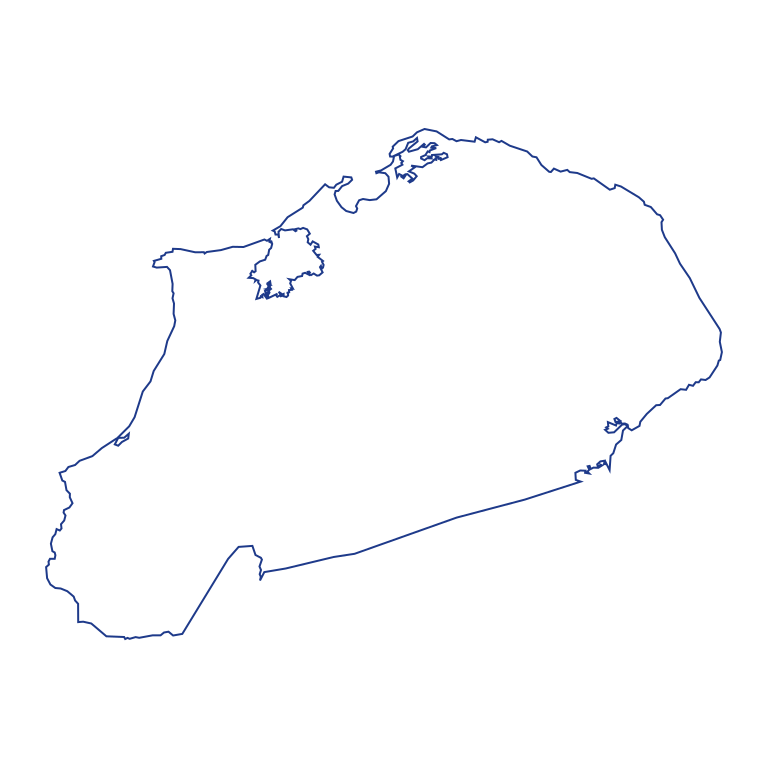 Uribia, La Guajira, Colombia (orthographic projection)
{"feature_id": "7082276B96062501211498", "entity_name": "Uribia", "entity_type": "district", "adm_level": 2, "iso_a3": "COL", "parent_name": "Colombia", "parent_adm1": "La Guajira", "projection": "orthographic", "projection_center": [-71.822, 11.991], "detail": "fine", "context": "isolated", "style": "outline", "palette": "blue", "viewbox_px": 768, "rotation_deg": 0, "n_neighbors": 0, "source": "geoboundaries", "source_scale": "gbopen_adm2", "svg_char_len": 6072}
<svg xmlns="http://www.w3.org/2000/svg" viewBox="0 0 768 768"><path d="M260.0,580.5L264.3,572.1L285.7,568.5L333.6,557.0L354.6,553.8L456.6,517.6L524.8,499.6L580.7,481.6L575.8,479.9L575.4,472.8L580.2,470.5L585.5,470.7L585.1,472.8L589.2,473.5L587.4,471.7L589.3,469.7L587.7,466.3L589.6,465.9L590.7,469.0L593.5,467.6L598.3,467.8L602.1,465.4L600.4,464.6L600.4,465.7L597.6,465.8L597.2,464.3L600.4,461.4L604.7,460.7L604.0,464.0L606.0,464.2L606.1,463.1L609.6,470.1L610.6,455.8L613.3,453.2L616.1,444.5L621.3,440.0L623.0,430.5L627.7,426.0L624.9,424.2L622.1,424.6L614.1,432.3L608.4,432.8L605.1,429.8L607.8,428.7L606.2,427.4L608.3,426.4L607.9,422.1L616.0,425.5L616.6,423.1L619.4,423.5L620.3,421.4L615.5,422.0L614.4,419.0L616.5,417.9L620.4,421.0L621.5,423.7L624.9,423.5L627.6,424.7L628.2,428.1L631.7,430.3L639.5,425.9L640.3,421.8L646.8,413.9L656.2,405.2L660.0,405.0L665.5,398.5L667.8,398.2L680.6,389.2L686.1,389.8L689.0,384.8L693.0,385.8L695.7,382.2L698.7,382.3L701.0,379.4L705.6,380.0L709.6,377.4L717.4,365.5L718.8,360.6L720.2,360.0L721.9,352.1L719.8,341.8L720.9,332.5L719.6,329.0L699.4,297.9L689.8,278.1L680.0,263.7L675.1,253.3L664.8,237.2L661.9,229.8L661.5,222.2L663.1,219.7L660.1,215.2L657.1,214.3L650.8,207.0L644.7,204.8L643.9,201.7L638.9,197.3L621.0,186.5L615.3,184.7L614.7,188.1L609.8,189.7L593.8,178.4L591.6,178.8L577.3,173.0L569.7,172.1L567.3,169.9L560.6,171.6L553.9,168.6L550.9,172.0L549.2,171.8L541.4,165.0L536.5,157.3L532.4,156.5L527.2,151.5L509.8,145.7L501.5,140.9L499.1,142.2L492.6,139.3L487.8,139.7L487.6,141.8L485.2,142.3L475.9,137.3L474.6,141.7L461.0,140.0L456.5,141.2L452.4,139.0L449.2,139.4L436.6,131.4L424.5,129.0L417.0,132.3L412.6,136.5L398.5,141.1L392.7,146.7L393.1,148.4L389.6,153.9L390.1,156.5L392.5,156.6L402.6,151.8L405.6,149.2L408.2,142.8L413.2,141.4L417.0,138.0L417.6,141.4L408.9,148.5L407.8,150.2L408.9,151.7L417.8,149.2L424.0,143.9L424.8,144.7L422.8,146.8L426.0,147.4L430.6,143.0L434.6,143.2L436.9,145.1L431.9,146.4L431.3,147.6L436.2,148.1L429.8,150.5L429.5,152.1L427.7,151.4L425.4,155.1L421.1,157.0L421.1,158.5L424.6,160.2L427.2,158.2L431.0,158.4L428.6,156.5L431.8,156.7L432.0,155.0L441.9,154.3L443.7,152.8L447.0,154.3L447.6,157.2L440.8,160.1L440.1,159.1L441.4,157.7L438.5,158.8L438.5,156.9L436.6,156.8L437.4,157.5L435.7,158.2L436.0,159.8L434.6,159.4L431.4,162.6L427.6,163.4L422.5,167.2L411.2,165.6L414.5,167.5L408.9,171.4L414.3,173.6L416.7,176.2L413.1,180.5L409.0,182.8L409.7,181.9L408.7,181.3L412.4,178.6L407.4,174.1L405.4,174.3L403.3,175.7L405.7,175.2L403.6,178.3L401.5,176.8L402.9,176.0L399.1,174.0L397.2,177.5L395.3,168.4L402.4,164.7L401.3,163.0L402.9,161.2L400.4,159.8L399.7,155.6L401.1,156.8L398.8,154.5L394.1,156.0L393.0,161.5L390.6,164.8L381.1,170.4L376.0,171.7L376.4,173.2L378.9,172.3L385.3,173.2L388.5,176.7L389.1,183.8L385.9,191.1L376.5,199.3L369.7,200.1L363.0,199.0L359.1,200.3L356.0,206.1L357.2,208.5L356.2,211.6L353.5,213.0L346.2,211.0L341.5,207.2L336.9,200.8L334.6,194.4L335.6,191.0L338.3,190.9L342.1,186.1L348.2,183.6L352.1,179.8L351.3,177.4L343.6,176.6L342.1,181.7L336.3,184.7L333.9,187.8L329.1,187.3L325.1,184.3L309.4,200.9L303.4,205.3L302.8,207.6L287.6,217.2L280.4,226.2L272.8,230.6L274.7,231.5L275.5,234.5L278.3,234.5L279.0,238.0L278.5,231.8L281.2,229.0L285.0,230.4L293.0,229.3L295.5,231.2L296.3,230.7L295.1,229.2L298.4,228.4L300.4,229.1L303.1,227.9L307.2,229.4L309.8,233.7L306.9,236.2L308.3,239.1L307.7,242.3L310.5,244.7L312.7,241.4L318.3,244.5L318.8,247.2L314.9,246.6L315.6,248.9L313.2,250.8L316.6,255.0L319.1,254.8L317.6,256.8L323.0,261.0L322.0,261.8L323.6,264.9L323.0,267.6L321.7,268.7L320.9,265.9L320.0,267.1L322.6,272.4L319.2,275.3L317.0,275.6L313.7,273.5L311.0,275.1L308.4,274.0L309.9,272.6L309.1,271.6L307.7,271.9L308.5,274.5L305.1,272.8L302.6,273.6L302.1,276.0L297.5,276.9L294.7,280.1L289.2,279.2L291.0,280.9L290.2,283.4L293.0,288.7L291.1,288.4L291.8,289.8L289.0,290.1L289.2,292.3L286.7,292.9L288.0,293.1L288.1,295.5L286.5,297.0L283.6,296.3L283.6,293.9L282.4,294.4L278.7,291.8L280.5,294.4L281.9,294.3L281.9,295.9L280.0,296.5L281.3,295.6L280.3,295.2L277.3,296.8L275.8,294.8L277.5,293.7L268.8,297.9L267.8,295.3L269.5,292.6L268.7,290.7L271.0,288.9L270.1,287.8L268.6,288.8L270.7,284.9L270.1,281.4L267.6,283.2L269.9,284.8L267.9,284.9L268.7,286.0L267.5,288.3L268.4,288.6L266.3,289.1L268.0,289.7L265.0,290.9L265.9,293.8L267.5,292.4L266.7,295.0L265.9,294.2L267.4,299.3L263.6,294.0L262.2,294.8L262.4,297.1L260.8,296.3L260.4,297.8L256.4,298.9L260.4,285.5L258.1,282.5L258.5,280.6L256.3,280.0L255.2,281.0L255.6,279.4L253.2,278.1L248.7,277.8L251.3,275.3L250.4,273.8L252.2,271.1L251.5,270.3L254.1,272.3L255.6,271.2L255.3,264.8L259.9,261.4L265.2,259.7L266.6,255.9L268.2,255.0L269.2,249.7L271.1,248.0L272.2,243.9L271.1,240.6L270.8,242.5L269.3,241.7L269.9,238.9L267.0,240.8L264.4,239.5L243.5,247.0L232.7,246.8L220.9,250.1L206.8,252.0L204.6,253.5L203.9,252.2L195.3,252.3L180.6,249.1L173.0,248.8L172.5,251.8L165.8,252.8L164.6,255.0L161.2,256.2L161.3,258.8L153.9,260.9L154.6,262.1L153.0,266.5L156.7,267.6L167.0,266.9L170.0,270.2L172.6,283.9L172.3,291.2L173.6,293.3L172.5,298.3L174.0,303.5L173.6,313.9L175.3,320.4L174.2,326.2L167.3,341.0L164.3,354.0L153.7,371.0L150.5,381.4L142.8,391.5L134.6,417.2L129.2,426.3L117.5,437.9L124.2,437.7L128.8,433.7L128.2,438.5L121.9,442.0L118.2,445.7L114.8,444.4L118.0,438.3L116.4,438.6L101.8,448.1L92.4,456.1L79.6,460.8L75.1,465.0L68.4,467.0L65.4,471.0L59.6,472.8L62.3,480.5L65.0,481.9L66.5,490.2L69.9,493.7L69.8,497.3L72.5,503.2L69.4,507.5L64.0,510.1L63.6,512.6L65.5,515.5L64.2,520.5L61.0,524.2L61.5,528.5L59.8,530.5L56.6,529.1L55.3,534.2L52.6,537.3L50.9,543.7L52.4,551.2L54.7,552.5L55.4,555.2L54.7,558.8L50.0,558.8L48.5,561.6L48.9,564.6L46.1,567.1L47.1,578.2L50.4,584.5L55.3,588.0L60.7,588.5L67.3,591.2L73.7,596.6L75.1,600.5L78.1,603.8L78.2,622.1L83.2,621.7L91.3,623.5L106.4,636.3L124.1,637.0L125.2,639.0L127.5,637.9L129.7,638.8L135.6,637.1L139.2,637.8L152.8,635.3L160.6,635.3L164.0,632.5L168.5,631.7L173.1,635.5L182.3,633.9L228.1,558.9L238.6,546.9L252.4,545.9L255.5,555.0L260.9,557.8L261.9,559.6L259.5,566.5L261.0,570.0L259.7,574.2L260.8,576.8L260.0,580.5Z" fill="none" stroke="#1e3a8a" stroke-width="2"/></svg>